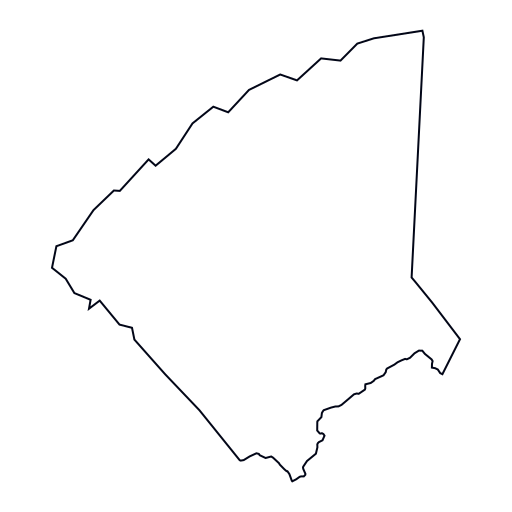 Greene, Tennessee, United States of America
{"feature_id": "52423323B75014079638055", "entity_name": "Greene", "entity_type": "district", "adm_level": 2, "iso_a3": "USA", "parent_name": "United States of America", "parent_adm1": "Tennessee", "projection": "equal_earth", "projection_center": [-82.804, 36.17], "detail": "fine", "context": "isolated", "style": "outline", "palette": "ink", "viewbox_px": 512, "rotation_deg": 0, "n_neighbors": 0, "source": "geoboundaries", "source_scale": "gbopen_adm2", "svg_char_len": 1537}
<svg xmlns="http://www.w3.org/2000/svg" viewBox="0 0 512 512"><path d="M442.4,374.2L460.0,339.2L447.7,323.0L432.1,302.5L414.9,281.4L411.6,277.5L423.8,37.3L422.4,30.7L373.9,38.3L357.3,43.6L340.5,60.6L321.1,58.4L297.0,80.4L280.2,74.5L249.0,89.9L228.2,112.3L213.3,106.7L192.5,123.4L175.9,148.8L155.6,165.7L148.6,159.4L119.8,190.9L113.9,190.5L93.5,210.1L72.8,240.3L56.4,246.2L52.0,267.8L65.7,278.7L74.4,293.1L90.6,299.8L89.0,308.7L99.7,300.6L119.5,324.6L132.0,327.8L134.4,339.6L165.1,374.2L199.4,410.2L239.7,460.2L240.7,460.6L243.7,460.1L249.7,456.4L256.4,453.3L258.8,453.9L259.7,455.2L265.6,458.0L271.2,456.5L273.1,457.7L279.0,463.2L279.8,464.6L284.4,469.3L286.6,471.2L287.4,471.2L289.4,474.1L291.8,480.7L292.3,481.3L296.2,479.3L299.7,476.8L301.1,476.4L303.8,476.4L305.3,474.8L305.4,473.8L303.3,469.0L303.0,467.6L303.2,466.7L307.0,461.0L315.9,453.7L317.4,447.3L317.3,444.3L317.9,443.1L318.9,442.1L322.5,440.3L324.5,435.7L323.4,434.0L321.9,433.2L320.8,433.6L319.7,433.4L317.2,430.5L317.3,422.1L317.4,421.3L321.4,417.1L321.9,413.0L322.8,411.4L323.7,410.2L331.0,407.6L335.3,406.5L338.5,406.4L341.5,404.9L354.0,394.3L356.7,393.5L358.7,393.8L364.9,389.6L365.3,388.3L365.2,385.9L365.4,384.3L370.7,383.0L373.7,380.9L375.1,379.1L383.5,375.3L385.7,372.2L386.3,369.5L387.1,368.5L394.4,364.6L397.5,362.3L401.4,360.4L405.1,358.9L406.8,359.3L410.0,357.8L414.5,353.3L418.9,350.6L422.3,350.7L424.9,353.9L431.6,359.4L432.6,361.1L432.0,363.8L431.9,367.6L435.1,368.2L437.8,369.5L440.2,373.1L442.4,374.2Z" fill="none" stroke="#020617" stroke-width="2"/></svg>